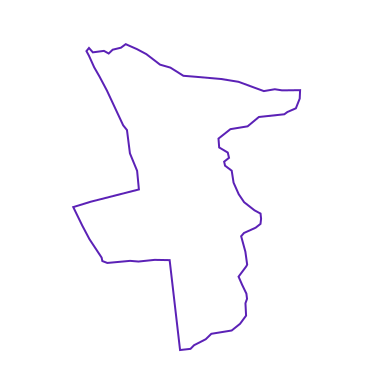 outline of Maïné-Soroa, Diffa, Niger, rotated 173°
{"feature_id": "23599985B74336618625682", "entity_name": "Maïné-Soroa", "entity_type": "district", "adm_level": 2, "iso_a3": "NER", "parent_name": "Niger", "parent_adm1": "Diffa", "projection": "orthographic", "projection_center": [11.886, 13.761], "detail": "fine", "context": "isolated", "style": "outline", "palette": "violet", "viewbox_px": 384, "rotation_deg": 173, "n_neighbors": 0, "source": "geoboundaries", "source_scale": "gbopen_adm2", "svg_char_len": 1164}
<svg xmlns="http://www.w3.org/2000/svg" viewBox="0 0 384 384"><g transform="rotate(173 192 192)"><path d="M153.4,62.7L152.5,75.1L150.4,79.3L150.4,84.5L153.6,93.9L156.1,102.3L147.2,111.6L146.1,113.2L146.3,126.2L148.6,142.1L145.4,145.0L133.2,148.8L127.9,152.0L126.7,157.0L126.6,162.2L132.2,166.2L141.5,175.5L145.9,184.1L149.6,196.2L150.0,208.3L156.0,214.1L156.4,218.2L151.1,221.4L151.7,226.8L159.6,232.9L159.2,241.8L146.2,249.7L128.8,250.4L116.5,258.3L90.9,257.9L87.5,259.8L78.7,262.4L73.7,271.6L72.3,279.9L90.2,281.9L97.3,283.9L108.4,283.4L117.6,288.1L132.4,295.7L149.3,300.6L174.7,306.0L186.4,308.4L198.3,318.1L208.2,322.3L220.5,334.4L229.2,340.5L239.8,346.8L244.9,343.9L253.4,342.9L257.8,339.6L262.2,342.8L273.4,342.7L276.7,347.5L277.0,347.2L279.6,344.7L277.7,339.9L273.9,327.7L269.8,318.0L264.1,303.1L252.2,266.6L249.0,261.4L248.9,237.9L243.9,219.7L244.4,201.0L293.7,194.7L311.7,191.5L305.0,172.0L299.5,157.6L289.7,137.9L289.4,134.4L284.7,131.9L261.8,131.2L253.6,129.5L237.4,129.2L222.5,127.1L223.1,38.7L223.1,36.6L222.8,36.6L212.6,36.5L208.6,39.7L196.3,44.2L190.1,48.9L169.5,49.7L160.4,55.3L153.4,62.7Z" fill="none" stroke="#5b21b6" stroke-width="2"/></g></svg>